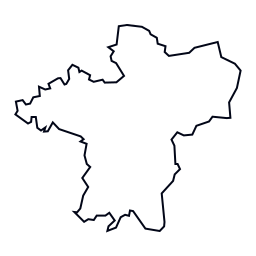 the district of Petrovets, Skopje, North Macedonia
{"feature_id": "65306769B87468718843329", "entity_name": "Petrovets", "entity_type": "district", "adm_level": 2, "iso_a3": "MKD", "parent_name": "North Macedonia", "parent_adm1": "Skopje", "projection": "natural_earth1", "projection_center": [21.679, 41.91], "detail": "fine", "context": "isolated", "style": "outline", "palette": "ink", "viewbox_px": 256, "rotation_deg": 0, "n_neighbors": 0, "source": "geoboundaries", "source_scale": "gbopen_adm2", "svg_char_len": 1384}
<svg xmlns="http://www.w3.org/2000/svg" viewBox="0 0 256 256"><path d="M226.8,118.1L230.4,117.8L229.1,102.4L236.9,88.0L240.6,70.6L234.9,63.7L221.3,57.1L217.7,42.0L194.5,47.8L189.2,52.8L168.9,55.9L164.7,52.0L165.5,46.2L157.7,43.7L156.8,37.8L150.6,34.3L149.2,30.9L141.9,26.8L126.9,25.0L118.8,26.2L116.6,44.5L108.3,47.2L113.7,51.3L110.6,56.3L111.6,60.9L116.1,63.1L124.0,75.9L116.4,82.3L104.7,82.6L102.6,79.7L93.7,81.8L89.0,79.5L90.1,75.2L81.6,70.6L79.4,72.0L78.4,67.7L72.4,64.8L68.1,70.3L69.2,78.9L66.3,83.9L64.5,84.5L60.5,78.1L58.0,78.3L48.5,83.8L50.2,88.4L45.2,89.5L39.0,86.7L39.8,96.0L33.3,97.3L30.1,103.6L25.9,104.5L22.6,100.1L15.9,101.6L17.6,110.8L15.4,114.4L28.0,123.5L31.1,121.9L31.6,117.0L35.8,117.0L37.3,127.8L41.0,130.5L45.3,127.5L44.0,131.6L47.8,131.3L52.8,122.4L59.1,129.1L80.7,136.4L83.6,139.2L80.5,141.5L86.6,143.8L84.5,155.4L86.8,164.0L90.2,167.0L82.3,178.0L88.2,187.0L83.2,195.6L80.3,208.5L77.1,212.3L74.3,212.0L84.1,221.8L88.3,219.2L93.8,220.0L96.7,215.6L105.4,215.6L109.3,212.8L114.7,220.5L108.5,226.3L107.4,230.9L116.0,227.6L120.7,217.2L125.1,214.8L129.0,215.8L130.0,210.5L133.1,211.1L145.4,228.6L159.7,231.0L164.1,226.4L164.5,222.0L161.7,193.4L173.1,180.9L174.7,174.4L180.0,169.1L177.6,164.0L175.4,164.0L174.4,145.7L171.5,139.6L177.3,132.3L183.8,135.4L192.3,134.6L196.4,125.8L209.0,121.5L212.5,116.7L226.8,118.1Z" fill="none" stroke="#020617" stroke-width="2"/></svg>